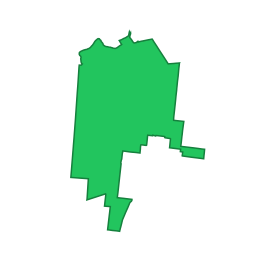 Alexandru Odobescu, Calarasi, Romania, rotated 160°
{"feature_id": "2599482B54929326220532", "entity_name": "Alexandru Odobescu", "entity_type": "district", "adm_level": 2, "iso_a3": "ROU", "parent_name": "Romania", "parent_adm1": "Calarasi", "projection": "orthographic", "projection_center": [27.086, 44.315], "detail": "fine", "context": "isolated", "style": "filled", "palette": "green", "viewbox_px": 256, "rotation_deg": 160, "n_neighbors": 0, "source": "geoboundaries", "source_scale": "gbopen_adm2", "svg_char_len": 3893}
<svg xmlns="http://www.w3.org/2000/svg" viewBox="0 0 256 256"><g transform="rotate(160 128 128)"><path d="M93.8,217.9L94.4,217.0L94.6,216.6L95.0,216.0L95.5,215.1L95.9,214.5L98.4,213.9L99.2,213.7L100.3,213.6L101.3,213.6L102.0,213.5L103.2,213.3L103.9,213.2L104.9,213.2L106.3,213.2L106.2,212.8L106.1,212.1L105.8,210.5L105.4,208.6L106.2,208.4L107.3,208.2L109.1,207.7L110.7,207.2L112.0,207.1L112.8,207.1L113.0,207.2L115.0,208.3L115.4,208.7L115.4,208.8L116.9,209.8L117.0,210.0L118.1,210.4L119.6,211.5L120.2,211.7L120.9,212.2L121.5,212.6L121.8,213.0L122.7,214.3L122.8,214.7L122.7,215.7L122.8,216.3L123.0,216.9L123.3,217.7L123.5,218.3L123.6,218.9L123.5,219.5L123.8,220.1L124.2,220.6L124.4,221.6L125.5,222.2L126.2,222.1L128.4,221.3L129.5,220.7L132.0,218.7L133.4,217.8L134.2,217.5L135.5,216.7L136.6,216.3L137.4,216.1L137.9,216.1L138.4,216.2L139.1,216.0L139.6,215.9L140.2,216.1L142.0,216.3L142.6,216.2L143.0,216.4L144.2,216.3L146.4,216.1L147.6,215.7L148.2,215.1L148.4,214.3L148.6,213.9L148.6,213.5L148.5,213.3L148.5,212.7L148.4,212.5L148.0,211.9L147.9,210.6L148.7,209.3L148.9,208.6L149.0,207.9L149.2,207.3L149.4,206.5L149.5,205.9L149.5,204.8L149.5,204.7L149.4,204.4L149.3,204.0L149.1,203.8L150.1,203.2L150.4,203.2L150.6,203.1L150.8,203.2L151.0,203.2L151.2,203.3L152.3,203.8L153.1,202.2L160.3,185.8L163.2,179.4L174.8,153.3L182.4,136.5L185.3,130.2L185.6,129.5L195.7,107.4L198.6,101.1L182.6,93.9L190.7,75.4L191.2,74.5L171.6,73.8L171.6,73.1L176.8,62.6L171.5,60.2L182.0,39.3L181.8,39.2L180.5,38.6L177.6,37.0L175.9,36.2L173.8,35.2L172.1,34.3L171.5,34.0L171.2,33.8L170.8,34.4L170.4,35.0L169.4,36.5L168.6,37.6L167.8,38.8L166.9,40.1L164.6,43.6L161.5,46.9L159.5,49.1L155.3,53.4L151.8,57.2L151.5,57.4L150.1,57.9L149.6,58.2L149.1,58.7L148.9,59.0L148.7,59.6L151.3,60.9L156.2,63.4L161.9,66.2L160.2,69.5L157.9,74.1L152.9,84.3L146.8,96.6L146.7,96.7L146.8,97.1L146.8,97.3L146.7,97.7L145.4,99.9L145.1,100.3L144.8,100.6L144.5,101.0L142.3,105.5L141.7,106.6L141.4,106.9L140.8,108.1L140.7,108.2L135.8,105.6L133.7,104.5L132.0,103.7L129.6,102.6L128.2,101.9L125.3,100.4L124.3,102.5L123.6,103.9L122.9,105.6L121.8,107.7L121.7,107.7L121.3,107.7L119.7,106.9L119.1,106.6L118.4,106.2L117.6,105.8L116.8,105.4L116.7,105.4L116.4,105.5L115.0,108.3L113.5,111.4L112.0,114.5L107.5,112.3L107.1,112.8L104.7,111.0L104.2,111.4L97.9,108.2L96.6,107.5L96.4,107.3L96.4,107.1L96.4,106.9L96.7,106.4L96.6,106.2L91.9,103.6L91.8,103.4L91.8,103.2L92.6,101.6L94.8,97.0L95.7,95.2L85.8,90.1L86.9,87.9L84.8,86.7L86.6,83.3L86.6,83.2L78.5,78.9L71.2,75.2L67.4,73.2L66.0,76.2L64.6,79.0L63.3,81.8L65.6,82.9L69.5,85.0L72.6,86.6L84.7,92.7L82.7,96.6L80.4,101.3L79.2,103.6L77.5,107.1L73.3,115.1L82.5,119.6L81.8,121.4L81.5,122.1L80.7,123.8L80.0,125.2L79.2,126.8L78.1,129.0L76.6,132.1L76.0,133.3L73.7,138.0L72.2,141.2L69.3,147.0L68.6,148.6L67.9,150.0L66.8,152.3L65.3,155.4L63.3,159.3L62.2,161.6L60.2,165.9L59.1,168.1L58.0,170.3L57.5,171.4L57.4,171.5L58.6,171.8L59.6,172.1L61.0,172.5L63.0,173.0L64.0,173.3L67.2,174.2L68.3,174.5L69.0,177.6L70.0,182.0L71.8,189.7L72.5,192.8L72.6,193.2L73.0,195.1L74.2,200.1L74.6,202.2L74.9,203.3L76.2,203.5L77.1,203.6L77.9,203.8L81.4,204.3L83.4,204.6L83.7,204.6L83.8,204.6L84.0,204.7L84.5,204.7L84.7,204.8L85.3,204.9L86.1,205.0L87.7,205.2L89.0,205.3L89.0,205.5L89.0,205.9L89.0,206.1L89.3,206.1L89.9,205.8L90.6,205.6L90.8,205.5L91.0,205.5L91.3,205.4L91.5,205.5L92.0,205.6L92.6,205.7L93.0,205.7L93.2,205.8L93.3,205.9L93.4,206.1L93.6,206.4L93.7,206.5L93.8,207.0L94.0,207.6L94.1,208.1L94.2,208.3L94.2,208.6L94.4,209.5L94.5,209.9L94.7,210.5L94.9,211.0L95.0,211.4L95.0,211.6L95.2,211.8L95.3,212.0L95.4,212.3L95.4,212.5L95.2,212.9L95.1,213.2L95.0,213.4L94.8,213.6L94.3,214.5L93.8,214.9L93.7,215.2L93.6,215.5L93.2,215.9L93.1,216.3L93.2,216.2L93.4,216.1L93.5,216.0L93.7,215.9L94.1,215.7L94.3,215.6L94.4,215.8L94.2,216.2L94.1,216.7L94.0,216.9L93.9,217.2L93.9,217.5L93.8,217.8L93.8,217.9Z" fill="#22c55e" stroke="#15803d" stroke-width="1.5"/></g></svg>